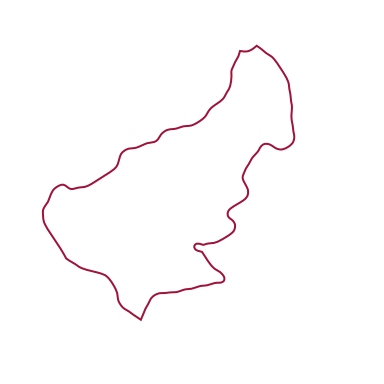 outline of Sabana Yegua, Azua, Dominican Republic, rotated 147°
{"feature_id": "3306468B31402927654959", "entity_name": "Sabana Yegua", "entity_type": "district", "adm_level": 2, "iso_a3": "DOM", "parent_name": "Dominican Republic", "parent_adm1": "Azua", "projection": "robinson", "projection_center": [-70.887, 18.416], "detail": "fine", "context": "isolated", "style": "outline", "palette": "rose", "viewbox_px": 384, "rotation_deg": 147, "n_neighbors": 0, "source": "geoboundaries", "source_scale": "gbopen_adm2", "svg_char_len": 3094}
<svg xmlns="http://www.w3.org/2000/svg" viewBox="0 0 384 384"><g transform="rotate(147 192 192)"><path d="M304.5,112.7L299.3,116.2L294.7,119.4L289.7,122.0L285.1,124.7L284.1,125.1L281.8,125.7L279.5,125.8L277.2,125.6L275.0,125.0L274.0,124.6L269.3,121.8L265.2,119.8L259.6,116.5L257.4,115.8L252.9,114.7L250.7,114.0L245.0,111.1L236.1,108.6L230.3,105.6L222.6,103.3L220.7,102.4L217.4,100.4L216.5,100.1L214.6,99.9L213.6,100.2L212.7,100.8L212.0,101.7L211.5,102.7L211.3,103.8L211.3,106.0L212.0,109.4L214.9,115.4L215.8,119.3L216.2,124.9L216.2,136.3L219.0,139.4L220.1,141.1L220.4,142.1L220.4,143.2L220.2,144.3L219.6,145.3L218.6,146.0L217.6,146.2L216.7,146.2L215.7,145.8L214.1,144.7L211.3,141.5L206.9,140.2L201.2,137.3L197.4,136.3L192.1,135.8L184.5,135.6L181.0,135.9L178.7,136.4L177.6,136.9L176.7,137.5L175.1,139.0L173.9,140.8L173.5,141.9L173.3,143.0L173.3,145.3L173.8,147.2L174.8,149.7L175.0,151.5L174.9,152.5L174.5,153.4L174.0,154.3L172.6,155.8L170.6,156.8L168.3,157.2L164.6,157.3L157.0,157.0L153.3,157.0L150.8,157.3L148.5,158.1L147.5,158.6L145.9,160.1L144.6,162.0L144.1,163.0L143.7,164.2L143.3,166.6L142.7,173.6L142.1,175.8L141.5,176.7L140.9,177.5L139.3,178.8L134.1,182.3L129.0,184.6L124.2,187.2L122.1,188.1L115.5,189.8L113.5,190.6L110.8,192.1L108.9,192.8L106.7,193.1L105.6,192.9L104.5,192.6L102.7,191.4L101.9,190.7L100.6,189.0L99.6,187.0L98.3,183.9L97.2,182.0L95.7,180.3L94.9,179.6L92.8,178.4L89.4,177.6L87.1,177.5L84.7,177.5L81.3,178.2L80.2,178.7L78.4,180.0L76.8,181.6L75.6,183.5L73.8,187.9L71.3,193.0L69.5,197.4L68.4,199.6L67.1,201.8L62.5,207.9L61.2,210.0L59.3,214.5L56.2,220.5L54.4,225.0L51.9,230.1L51.2,232.5L50.6,236.4L50.3,243.3L50.4,254.3L50.9,259.7L51.5,262.2L54.3,268.5L56.1,274.5L58.1,279.4L61.5,279.0L63.9,278.9L66.2,279.1L68.5,279.6L69.5,280.1L71.5,281.2L74.9,284.1L79.3,280.5L85.2,277.4L92.3,272.8L93.6,271.3L95.9,267.5L98.9,263.6L102.4,260.0L105.4,258.0L108.5,256.6L113.2,254.0L115.4,253.2L119.2,252.6L126.8,252.4L130.5,252.0L133.9,250.9L138.7,248.5L141.0,247.8L143.5,247.4L147.3,247.2L151.2,247.3L153.7,247.6L156.2,248.1L158.3,249.0L163.1,251.6L165.2,252.3L170.8,253.8L172.8,254.7L176.6,256.7L178.7,257.4L179.8,257.7L182.1,257.8L184.4,257.6L186.6,257.1L192.1,254.6L194.2,254.3L196.4,254.5L203.2,257.4L205.7,257.9L212.0,258.9L214.5,259.5L216.6,260.3L221.4,262.8L224.8,263.5L228.2,263.3L230.4,262.7L231.5,262.1L233.4,260.7L238.9,255.9L241.0,254.7L242.2,254.2L244.7,253.6L250.0,253.3L271.5,253.5L275.4,253.8L279.2,254.7L285.0,257.6L290.0,259.3L291.7,260.3L293.0,261.8L294.6,266.2L295.7,267.9L296.5,268.6L297.5,269.1L299.7,269.7L302.2,269.9L304.6,269.8L307.1,269.3L308.3,268.8L311.2,267.2L318.3,262.1L320.7,261.2L324.3,259.6L326.1,258.5L326.9,257.8L328.2,256.1L331.2,250.8L332.2,248.3L332.6,246.9L333.0,244.1L333.3,239.8L333.1,216.1L333.3,210.2L333.7,204.8L332.3,201.3L329.2,195.1L327.4,190.6L326.1,188.4L322.9,184.3L314.9,175.7L312.4,172.8L310.2,169.6L309.3,167.1L308.8,164.6L308.5,160.7L308.6,155.5L309.0,151.7L309.8,148.0L312.2,142.9L313.0,140.7L313.3,138.2L313.3,135.7L313.0,133.2L312.3,130.9L309.8,125.8L308.1,121.2L304.5,112.7Z" fill="none" stroke="#9f1239" stroke-width="2"/></g></svg>